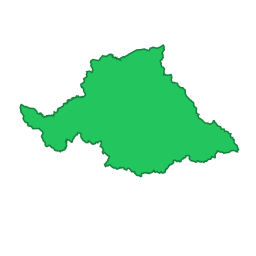 Sadao, Songkhla, Thailand, rotated 329°
{"feature_id": "78962969B3904218037840", "entity_name": "Sadao", "entity_type": "district", "adm_level": 2, "iso_a3": "THA", "parent_name": "Thailand", "parent_adm1": "Songkhla", "projection": "orthographic", "projection_center": [100.374, 6.658], "detail": "fine", "context": "isolated", "style": "filled", "palette": "green", "viewbox_px": 256, "rotation_deg": 329, "n_neighbors": 0, "source": "geoboundaries", "source_scale": "gbopen_adm2", "svg_char_len": 5751}
<svg xmlns="http://www.w3.org/2000/svg" viewBox="0 0 256 256"><g transform="rotate(329 128 128)"><path d="M149.7,55.3L146.3,55.6L145.5,54.6L144.7,54.4L143.4,52.9L141.8,53.7L140.4,53.8L138.6,55.1L137.9,55.0L136.9,54.6L133.1,51.2L130.6,51.5L129.8,52.2L129.5,54.6L128.6,55.1L128.2,55.9L128.1,56.9L128.4,57.9L127.9,59.8L127.6,60.5L126.7,60.8L126.3,61.6L125.6,61.9L125.4,61.7L124.4,59.5L121.6,58.5L121.2,60.0L120.0,60.4L119.4,62.8L115.3,63.0L115.2,64.7L114.7,65.0L114.2,66.1L110.1,66.3L109.2,68.3L109.2,69.2L109.4,69.8L110.1,69.8L110.1,71.4L109.1,73.2L108.9,75.1L109.1,76.8L108.3,77.9L105.8,78.5L105.2,77.7L104.0,78.1L103.6,77.6L104.1,77.2L102.3,76.9L101.9,75.9L101.4,75.8L101.7,75.0L101.0,74.9L100.7,74.1L100.1,74.1L99.0,75.1L98.9,74.7L97.8,74.6L97.1,73.9L96.4,74.4L96.0,74.2L95.9,73.6L95.3,73.6L95.7,74.1L95.0,74.7L93.4,74.9L92.5,74.5L92.8,74.1L92.4,73.6L91.7,73.7L91.7,73.3L90.4,73.1L89.5,74.1L90.1,74.4L90.0,74.8L89.1,74.7L88.4,75.4L87.3,74.6L87.1,75.2L86.3,74.4L85.3,74.1L83.7,75.9L82.6,75.7L81.1,75.9L78.1,75.3L77.2,75.9L77.3,76.8L76.5,76.8L75.8,77.6L74.5,77.8L73.7,77.4L73.1,76.2L71.9,78.0L70.8,78.1L70.7,79.2L69.2,78.6L69.0,77.6L67.7,77.5L67.4,76.9L66.8,77.0L66.4,76.3L65.7,76.3L64.7,75.6L64.4,76.4L62.6,75.3L61.8,75.7L61.4,75.4L61.3,73.8L60.9,73.6L61.6,72.8L60.9,72.3L61.2,71.3L60.0,70.9L60.7,70.2L59.5,69.7L58.8,69.9L57.9,68.6L58.0,67.4L58.3,67.1L58.1,65.3L57.3,62.9L53.7,60.2L51.6,57.0L50.4,56.6L48.8,53.0L48.0,53.2L46.1,55.0L45.4,57.8L44.5,58.8L44.9,64.0L42.9,65.9L42.8,68.8L43.0,70.3L44.7,71.8L43.6,73.6L43.5,74.7L46.0,76.8L46.0,79.5L51.6,82.7L51.7,84.0L52.8,87.0L52.7,88.1L51.9,89.2L49.8,90.3L49.4,90.9L49.3,93.4L48.8,95.3L49.3,96.9L49.2,98.5L48.8,99.4L48.2,99.8L48.4,101.7L49.5,102.4L51.0,102.2L52.1,102.6L52.1,103.9L52.6,104.6L52.5,105.4L53.8,106.9L53.8,109.3L54.8,110.6L57.1,112.1L57.8,113.5L59.1,112.9L60.0,113.7L60.6,113.3L61.6,113.9L62.8,114.0L64.0,113.5L64.1,112.3L65.3,112.5L66.4,111.5L66.9,109.7L67.3,109.2L67.8,109.2L67.9,108.2L67.5,107.4L68.5,107.0L69.2,107.4L69.5,106.1L71.3,107.8L71.2,108.6L71.7,108.9L72.2,111.1L72.8,111.2L73.3,111.1L74.6,109.4L76.5,108.9L76.9,108.0L78.8,107.8L80.4,107.1L81.1,107.6L82.6,106.4L84.1,107.6L84.7,108.8L83.2,111.1L82.9,112.7L83.3,113.4L82.9,114.5L84.7,119.0L86.0,119.8L86.6,119.7L87.3,118.8L88.0,119.2L88.8,122.3L89.5,123.0L89.2,123.5L90.4,124.3L91.3,124.2L92.0,124.5L93.3,123.8L94.5,125.2L95.6,124.7L97.1,124.8L98.0,125.5L97.6,125.9L97.4,127.1L96.5,128.2L94.7,129.4L95.8,131.4L95.6,134.3L93.8,135.2L93.4,136.5L93.6,137.3L95.4,136.9L95.8,139.2L96.5,140.3L96.2,140.9L97.1,141.9L97.4,142.8L93.6,145.6L93.5,146.0L91.5,146.3L90.8,147.1L89.2,147.0L88.9,149.3L89.7,149.1L90.5,149.8L91.8,150.2L93.2,149.8L93.7,150.4L93.9,152.3L95.1,154.9L97.0,156.0L97.1,157.3L98.4,157.9L100.2,158.0L100.8,157.6L101.6,158.2L101.4,158.7L103.6,159.5L103.9,160.2L103.5,161.2L105.2,163.3L106.4,162.5L107.7,162.6L108.7,164.6L108.5,167.2L109.3,167.2L109.7,168.3L111.2,169.0L110.4,170.2L110.8,170.8L111.0,172.6L111.8,173.8L112.6,173.9L112.9,174.2L113.7,176.0L114.8,176.3L115.7,174.6L116.5,173.9L117.9,174.8L120.1,175.3L121.0,176.6L121.9,176.4L122.6,178.0L126.3,178.4L128.2,177.4L128.6,178.3L128.1,179.2L128.5,180.0L130.7,180.5L130.9,181.6L131.9,183.0L133.9,182.7L133.9,183.5L134.5,184.5L136.7,185.1L137.6,184.5L137.6,184.1L138.3,183.9L138.8,183.0L139.8,182.5L139.9,183.0L140.5,183.1L142.6,182.1L143.4,181.2L144.3,181.6L144.8,181.0L145.5,181.0L146.1,181.6L149.1,181.3L149.2,180.5L149.8,180.4L150.3,179.2L151.6,179.5L152.6,182.0L154.5,182.1L154.8,182.7L154.6,183.4L155.9,183.9L156.5,183.7L156.9,183.0L158.5,182.4L159.9,182.9L160.2,182.3L161.6,182.8L162.4,182.7L163.3,181.6L165.9,183.0L166.1,184.4L164.7,185.5L164.8,187.2L165.2,188.5L167.6,190.6L168.5,192.2L169.8,192.5L170.8,191.7L171.1,191.8L171.9,193.9L173.3,194.9L174.0,194.7L175.4,196.6L177.4,196.0L178.1,197.0L180.2,196.5L180.7,196.1L182.8,197.3L183.3,196.8L183.9,196.8L185.0,195.6L186.7,197.9L187.3,198.2L187.9,198.0L188.3,196.6L189.1,195.5L191.7,194.7L192.4,193.8L193.1,193.7L194.3,195.9L196.4,197.2L197.2,199.1L199.2,199.6L202.2,201.0L204.1,200.5L205.9,201.1L207.9,202.4L208.8,204.2L209.6,204.8L210.3,203.5L211.6,203.5L211.9,202.2L211.7,201.6L212.4,199.2L211.3,196.0L211.4,194.7L212.9,192.8L212.3,192.0L212.8,190.1L211.4,189.1L211.4,188.6L212.0,187.1L213.2,186.0L211.8,184.8L211.6,182.6L210.1,181.1L209.4,180.8L209.7,178.4L207.5,177.2L208.0,174.6L205.8,172.3L206.1,171.1L205.7,169.6L205.8,169.0L205.4,168.5L205.6,166.0L204.9,165.9L202.9,167.3L200.0,166.9L199.0,165.0L196.6,163.5L195.5,159.0L194.6,157.0L193.8,156.3L194.1,153.6L195.7,152.9L195.0,152.3L194.8,151.2L194.2,150.4L196.9,146.3L195.7,143.2L196.4,142.4L196.4,141.5L197.1,140.6L197.0,139.1L196.2,137.9L196.3,136.8L195.8,136.3L194.5,130.6L194.9,127.5L196.0,126.2L196.6,124.8L196.0,123.7L195.7,121.7L194.1,120.8L193.4,119.2L192.7,116.9L193.3,116.0L193.1,114.9L191.8,113.9L191.1,112.7L189.7,112.2L189.4,111.7L189.5,110.0L190.0,108.7L191.4,107.5L191.5,106.8L192.2,106.0L192.4,104.3L189.4,103.4L187.8,102.2L187.5,101.3L186.0,100.7L187.4,99.3L187.9,98.1L189.7,96.0L189.5,94.2L188.5,93.4L189.0,90.2L189.9,89.6L189.9,87.2L191.0,86.8L192.2,87.0L192.3,86.4L194.4,85.8L194.4,85.2L195.6,83.3L195.4,82.6L196.1,81.9L196.2,81.0L199.5,79.6L199.8,78.0L200.9,76.7L200.9,75.1L198.0,75.2L194.8,74.9L193.5,74.2L190.9,71.6L189.8,71.7L188.3,71.0L186.5,72.2L185.3,72.0L182.6,68.6L179.5,67.6L175.8,65.6L166.4,65.2L164.9,65.5L162.8,65.2L161.1,65.6L160.9,64.5L156.4,64.4L156.4,65.7L155.4,64.3L155.3,63.6L154.7,63.3L154.3,63.6L154.1,63.3L154.1,62.7L153.7,62.2L154.3,61.8L153.3,61.5L153.4,61.1L153.0,61.2L152.9,60.6L152.3,60.0L151.7,60.1L151.3,59.5L151.3,58.7L152.0,58.4L152.0,58.2L152.3,58.3L152.5,57.7L152.3,57.1L151.6,56.7L151.8,56.6L151.5,56.0L150.7,56.0L150.6,55.7L149.7,55.3Z" fill="#22c55e" stroke="#15803d" stroke-width="1.5"/></g></svg>